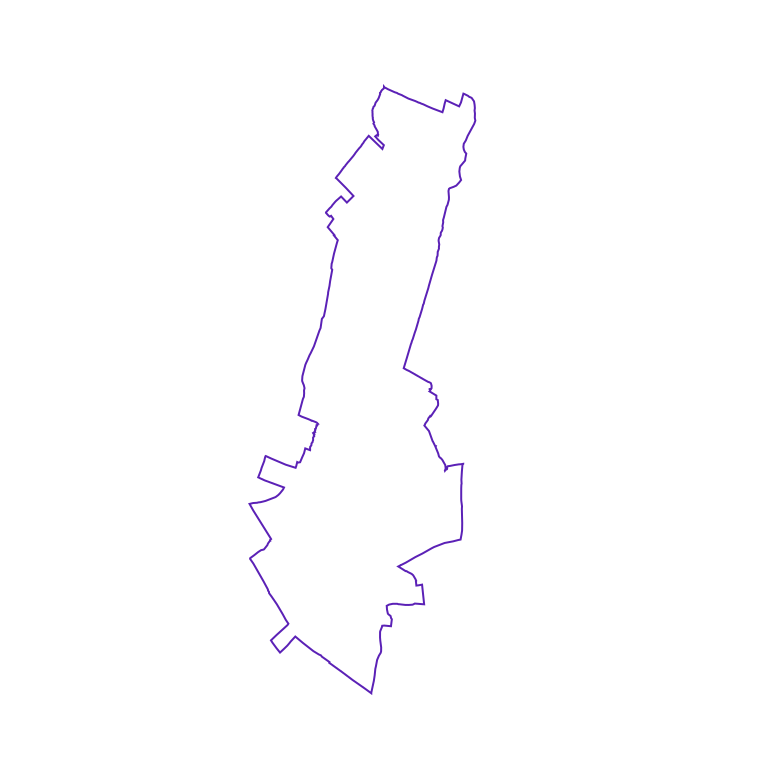 the district of Vutcani, Vaslui, Romania, rotated 47°
{"feature_id": "2599482B53104310937331", "entity_name": "Vutcani", "entity_type": "district", "adm_level": 2, "iso_a3": "ROU", "parent_name": "Romania", "parent_adm1": "Vaslui", "projection": "equal_earth", "projection_center": [27.986, 46.445], "detail": "fine", "context": "isolated", "style": "outline", "palette": "violet", "viewbox_px": 768, "rotation_deg": 47, "n_neighbors": 0, "source": "geoboundaries", "source_scale": "gbopen_adm2", "svg_char_len": 6129}
<svg xmlns="http://www.w3.org/2000/svg" viewBox="0 0 768 768"><g transform="rotate(47 384 384)"><path d="M601.5,604.2L601.0,603.7L594.2,593.9L590.7,589.5L586.4,584.6L585.0,582.5L581.1,577.2L579.2,572.9L578.4,569.9L577.9,569.0L577.5,568.4L574.7,565.7L569.1,561.7L566.6,559.7L562.7,556.0L562.2,555.3L560.4,551.4L559.6,550.2L560.8,548.6L565.9,544.1L561.4,538.7L560.1,538.5L558.1,537.4L555.7,537.8L554.6,537.8L551.1,535.7L548.1,533.3L548.8,530.7L550.8,527.4L553.8,524.2L554.8,523.7L555.4,523.1L560.1,519.1L562.3,516.8L564.8,513.7L565.1,513.0L565.6,511.2L572.5,504.9L556.7,493.0L554.8,496.0L553.5,497.8L549.9,495.1L549.9,494.7L548.3,494.1L543.8,493.1L541.7,493.3L537.4,494.9L536.3,495.1L535.8,495.5L535.6,495.8L527.2,498.0L527.7,496.3L527.8,495.2L528.1,494.8L529.5,490.0L532.0,479.0L534.2,471.5L536.6,461.4L537.4,458.5L541.6,448.1L546.2,440.8L548.8,436.0L550.0,434.1L546.9,429.9L544.4,426.8L539.0,421.6L528.5,412.3L526.7,410.4L522.1,407.1L520.8,406.0L513.1,398.8L510.5,396.2L509.9,395.3L506.8,392.7L501.0,386.6L496.5,381.6L496.5,380.8L496.5,380.6L496.4,380.5L494.9,382.8L494.0,383.8L491.4,387.6L489.0,391.5L487.7,393.3L487.7,394.1L489.2,395.9L489.2,396.3L488.8,397.5L489.0,398.6L488.8,398.5L488.2,397.0L487.3,396.1L485.1,394.5L479.3,393.1L477.2,393.0L475.7,393.3L474.3,393.1L471.7,391.7L465.3,389.3L464.9,388.6L464.6,389.0L459.6,387.5L458.9,387.4L449.1,383.2L441.9,382.8L441.5,381.5L441.1,380.9L440.3,376.6L439.4,375.1L438.9,372.2L439.5,372.3L439.6,371.8L437.5,362.7L436.5,359.1L435.4,357.9L432.4,355.6L430.8,356.1L428.2,353.6L420.6,355.7L420.7,355.2L420.0,354.3L419.2,354.4L418.8,354.1L419.0,353.7L419.6,353.5L419.8,353.1L419.5,352.1L417.8,350.4L415.5,349.2L415.1,349.2L413.7,349.6L412.8,350.2L408.5,351.6L391.3,356.9L389.2,357.8L385.9,358.8L380.8,350.0L373.2,337.1L372.7,336.0L371.6,334.2L370.7,332.2L367.4,326.4L365.9,323.5L361.2,315.6L360.0,314.0L359.4,312.4L355.0,304.8L352.7,301.3L352.4,300.2L350.6,297.6L344.9,287.6L344.1,286.2L342.6,283.9L336.9,274.4L330.0,262.3L329.3,261.2L327.8,259.5L327.2,258.6L327.0,257.9L326.3,256.9L324.0,254.6L322.6,251.7L322.2,251.2L321.3,250.5L319.6,248.4L316.5,246.4L315.7,245.5L314.7,244.1L314.0,241.5L313.7,240.9L312.3,239.6L311.9,238.7L311.5,237.1L310.8,235.8L309.7,234.3L308.4,233.6L306.2,230.5L304.4,229.0L303.0,226.6L297.0,217.5L296.3,215.4L293.5,210.9L291.7,209.1L286.8,205.2L285.6,203.4L285.7,202.3L287.3,198.6L288.2,195.8L287.9,191.7L287.4,188.5L284.0,186.9L280.0,184.0L277.7,181.3L276.8,179.8L275.9,172.3L274.5,170.7L271.6,166.7L269.4,166.6L266.9,165.7L264.7,164.2L262.7,161.8L261.7,158.1L259.6,153.6L255.3,140.7L253.7,137.6L251.3,136.1L248.2,133.0L245.8,131.3L244.2,129.4L241.7,127.4L238.7,125.4L234.7,124.8L233.3,125.2L232.3,125.8L230.6,126.0L226.6,127.5L225.8,127.9L230.6,135.7L232.2,139.7L218.5,145.3L220.3,148.4L223.2,152.6L225.1,155.9L215.8,160.5L210.4,162.9L206.3,164.5L204.4,165.5L202.8,166.1L201.6,166.9L200.6,167.2L199.3,167.8L198.7,168.0L191.9,171.5L185.8,173.7L185.0,173.9L181.3,175.7L180.0,176.0L178.1,177.1L171.0,180.1L168.8,180.8L167.9,181.3L166.5,181.2L167.5,182.2L167.7,182.8L167.6,185.0L167.8,185.6L167.8,186.2L168.4,187.4L168.3,188.3L168.5,188.6L169.3,189.0L171.3,193.0L172.0,195.2L172.5,198.2L174.1,201.1L174.1,202.6L174.8,203.7L175.0,204.4L176.1,206.1L176.9,206.6L177.8,207.5L178.9,208.3L179.4,209.0L180.2,209.5L180.9,210.2L181.8,210.6L182.4,211.4L184.4,212.4L185.9,212.8L186.4,214.2L188.4,214.5L189.2,215.1L193.1,216.0L195.4,216.6L196.9,217.9L197.7,218.2L198.2,219.1L197.2,219.3L197.0,219.9L196.9,221.6L201.5,221.7L209.2,221.2L211.0,224.9L192.1,225.9L193.0,232.8L193.6,234.8L193.9,237.1L194.2,237.6L194.6,239.8L194.6,240.9L194.9,243.2L195.5,247.2L195.8,248.3L196.3,250.9L197.2,258.1L197.2,258.9L197.8,263.0L198.1,264.0L198.1,265.7L198.4,266.4L198.4,267.3L198.6,267.9L199.7,273.6L200.1,277.0L200.5,278.7L201.9,278.5L214.7,278.1L225.7,278.1L226.0,287.4L217.6,287.5L217.4,294.2L217.5,295.7L218.0,299.9L218.4,301.5L218.4,304.0L218.8,308.1L218.9,309.3L219.2,309.7L222.6,309.8L224.4,309.6L224.7,309.3L224.9,308.0L228.8,308.5L230.9,318.2L241.3,318.7L241.2,319.3L247.3,319.7L248.9,322.5L254.6,331.7L258.8,337.7L259.8,339.2L260.2,340.1L263.3,343.5L263.7,343.7L265.1,343.9L272.0,353.2L275.1,357.0L278.9,362.4L279.9,363.4L289.3,375.8L292.8,380.8L293.4,381.6L293.6,382.5L294.0,385.0L299.8,392.2L300.9,394.8L308.7,409.6L311.5,416.8L312.2,418.9L314.0,422.9L315.4,426.4L316.3,428.4L322.6,438.3L325.4,441.3L326.2,441.9L328.4,442.8L330.1,443.4L332.9,445.0L333.4,445.8L334.3,447.0L336.3,448.7L338.7,451.3L339.7,453.6L346.5,464.5L348.4,467.6L351.6,466.5L358.1,463.3L361.1,462.0L361.3,462.1L361.9,461.8L362.0,461.5L365.3,459.9L366.5,459.5L368.2,459.5L368.0,460.0L368.7,460.8L368.8,461.1L368.2,461.5L369.9,463.9L370.2,464.5L369.9,465.0L370.2,465.4L371.0,465.9L371.1,466.5L371.4,466.9L372.0,467.1L371.6,467.7L371.8,468.0L372.2,468.2L372.2,468.5L371.6,468.9L371.5,469.3L372.4,469.5L373.1,469.2L373.5,469.3L373.6,469.5L373.7,470.3L374.6,470.6L374.7,470.8L374.6,471.4L374.8,472.4L376.8,474.2L377.4,475.5L377.9,476.1L377.9,477.1L378.1,477.7L379.2,478.8L379.4,479.3L379.5,480.4L379.7,481.0L380.4,481.6L380.9,482.4L381.8,482.9L382.0,483.2L377.4,485.5L380.1,489.7L381.8,493.8L384.0,498.7L382.9,500.4L381.9,500.7L384.2,504.2L385.0,505.8L376.0,510.9L361.6,517.3L356.0,519.6L356.0,520.0L357.0,521.7L358.7,524.2L361.8,530.6L363.3,533.1L366.5,539.7L373.1,537.0L391.5,527.7L392.3,529.8L393.0,534.6L393.1,537.0L392.8,540.0L392.6,540.8L388.7,550.4L387.5,552.6L386.2,554.9L384.8,556.8L384.4,557.7L381.8,560.9L380.0,564.1L387.4,565.9L420.4,572.3L420.4,573.7L420.7,574.1L421.0,574.2L420.9,574.4L421.4,577.1L421.7,578.0L422.3,579.2L423.1,584.5L422.8,585.3L421.7,587.2L421.1,590.6L420.7,595.6L420.1,600.6L420.2,600.8L420.6,601.2L426.2,602.0L446.2,606.7L454.6,608.9L455.4,609.2L456.0,609.7L457.6,609.9L458.6,610.7L462.9,611.2L472.1,612.6L483.4,615.1L489.6,616.7L494.1,617.4L494.5,619.0L494.3,633.7L494.4,641.5L497.1,642.0L504.0,642.8L509.5,643.2L509.5,637.7L509.4,633.1L509.0,629.7L508.7,627.9L508.2,621.1L518.0,619.9L531.3,617.8L537.4,616.1L539.2,615.3L539.6,615.2L541.0,615.4L550.2,613.5L550.6,614.2L565.7,611.2L579.2,608.8L593.7,605.7L601.5,604.2Z" fill="none" stroke="#5b21b6" stroke-width="2"/></g></svg>